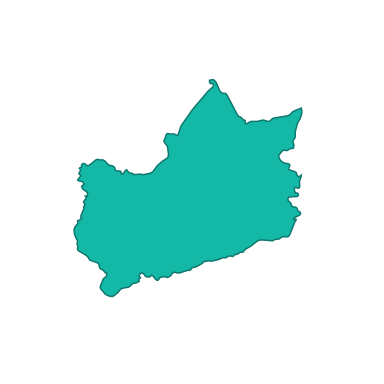 map outline of Lékoumou (Natural Earth projection), rotated 39°
{"feature_id": "COG-3344", "entity_name": "Lékoumou", "entity_type": "Region", "adm_level": 1, "iso_a3": "COG", "parent_name": "Republic of the Congo", "parent_adm1": "", "projection": "natural_earth1", "projection_center": [13.496, -3.075], "detail": "fine", "context": "isolated", "style": "filled", "palette": "teal", "viewbox_px": 384, "rotation_deg": 39, "n_neighbors": 0, "source": "natural_earth", "source_scale": "10m", "svg_char_len": 6032}
<svg xmlns="http://www.w3.org/2000/svg" viewBox="0 0 384 384"><g transform="rotate(39 192 192)"><path d="M224.0,58.0L224.4,58.2L225.6,59.2L227.3,61.0L228.7,63.6L229.7,66.5L230.8,72.2L233.5,78.5L235.0,81.1L237.1,83.6L237.9,85.0L238.3,88.8L239.2,89.8L240.5,90.5L241.7,91.5L243.3,94.0L242.8,94.9L241.4,95.9L239.7,100.1L237.3,101.5L236.4,102.7L236.3,108.0L236.2,108.7L238.1,110.6L240.8,111.7L243.7,111.8L246.2,111.2L248.2,109.8L249.4,109.2L250.5,109.2L251.6,110.1L252.0,112.6L252.7,113.4L253.6,113.5L259.1,111.5L259.8,111.3L261.0,111.4L262.8,112.7L264.0,113.2L265.1,113.0L265.8,112.0L266.3,110.2L267.5,112.3L268.7,116.0L272.1,119.7L272.6,120.7L272.7,121.4L272.3,122.0L272.0,122.3L271.4,122.6L269.8,123.1L269.1,123.9L269.4,124.8L270.0,125.7L271.8,127.1L272.7,127.6L273.4,127.6L273.8,127.1L274.5,126.5L275.4,126.5L276.6,127.4L276.8,128.4L276.5,129.5L275.7,130.2L274.0,131.5L272.5,133.1L270.9,134.5L270.4,135.4L270.7,136.4L271.1,137.3L271.9,138.0L272.8,138.3L274.7,138.3L275.7,138.5L276.6,138.9L277.9,139.8L278.9,140.1L279.9,139.9L281.9,138.6L282.9,138.4L283.9,138.6L285.0,139.3L285.9,139.8L287.0,139.9L288.2,139.7L289.7,140.0L290.1,140.9L290.2,142.0L289.8,143.1L288.2,146.3L287.9,147.6L287.8,148.9L288.2,149.5L288.8,149.1L289.8,147.8L290.3,147.8L290.6,148.6L290.8,150.7L294.6,162.9L295.0,164.8L294.8,166.1L294.1,167.0L293.3,167.7L291.7,168.7L290.9,169.4L290.3,170.2L289.9,171.1L289.6,172.6L289.4,173.3L289.1,173.9L288.7,174.4L287.3,175.6L286.5,176.4L286.1,177.3L285.9,177.8L285.3,179.2L276.7,185.1L274.5,187.2L274.0,188.1L273.6,189.1L271.7,197.3L269.9,201.9L269.5,203.3L269.4,205.2L269.5,206.2L269.4,206.7L269.1,207.1L267.9,207.9L267.5,208.6L266.5,211.5L265.9,212.5L265.3,213.2L264.6,213.7L264.4,214.0L264.4,214.6L264.6,215.2L264.5,216.1L264.1,216.5L262.6,217.3L261.5,218.1L261.0,218.6L260.6,219.3L259.7,221.7L259.5,222.1L257.6,223.4L257.1,224.1L256.6,225.0L255.8,226.7L255.3,227.5L250.9,233.2L250.6,233.4L249.9,233.9L248.0,235.3L245.5,238.1L245.0,238.7L245.0,239.2L244.9,239.5L245.0,239.7L245.0,240.3L244.9,241.2L244.0,243.2L243.4,244.8L242.1,247.8L241.3,248.8L240.0,250.2L239.8,250.5L239.8,250.9L239.9,252.4L239.8,253.6L239.6,254.1L239.2,254.6L237.9,255.6L233.4,262.6L231.3,264.3L230.5,264.5L229.4,265.0L228.8,265.6L228.4,266.2L228.1,266.9L227.9,267.5L227.9,268.2L228.0,268.9L228.1,269.8L228.0,270.8L227.4,272.6L227.0,273.4L226.6,273.9L225.3,274.4L224.3,275.0L222.6,276.3L221.8,277.3L221.2,278.4L221.0,279.2L221.1,281.1L220.9,282.3L220.4,282.6L219.9,282.7L219.3,282.6L218.1,282.7L217.5,282.6L215.7,282.0L214.9,281.9L214.0,282.0L212.9,282.4L212.7,283.0L212.7,284.4L212.2,284.9L210.3,286.4L209.4,286.7L208.7,286.8L208.1,286.6L207.6,286.3L206.8,286.1L205.9,286.0L204.3,286.5L203.7,286.7L203.4,287.1L203.3,287.3L203.3,287.7L203.4,289.9L203.6,290.6L204.2,290.9L204.8,291.0L205.4,290.9L205.8,291.0L206.0,291.2L206.0,291.4L205.6,293.0L205.7,293.6L206.1,294.0L207.1,294.5L207.1,294.9L206.8,295.8L205.9,297.6L204.9,298.9L203.8,300.0L203.4,301.0L203.3,302.0L203.3,303.2L203.1,304.4L202.4,306.1L199.2,309.7L198.3,311.1L197.7,312.4L197.7,313.4L197.7,315.5L197.7,316.6L196.7,321.7L196.1,322.8L195.5,323.6L195.0,324.0L193.5,324.8L191.8,325.4L189.8,325.9L188.5,326.0L184.6,325.1L182.8,324.9L182.0,324.7L181.1,324.2L180.4,323.4L179.9,322.4L177.9,315.8L177.8,314.8L178.0,313.7L178.3,312.7L178.5,311.7L178.2,310.6L177.6,309.7L177.1,309.0L176.3,308.7L175.6,309.4L174.8,309.2L172.5,308.7L169.6,309.2L168.5,309.2L167.6,308.8L165.0,306.7L163.6,306.6L161.8,306.9L156.6,308.9L155.1,309.2L152.3,308.1L151.3,307.9L150.4,307.8L144.3,308.5L142.1,309.0L140.8,309.1L139.6,308.9L138.8,308.3L138.2,307.5L137.8,306.6L137.3,305.8L136.7,305.5L136.1,305.2L135.6,305.0L135.1,304.5L134.7,303.6L134.2,302.6L133.4,301.7L130.6,300.7L129.6,300.0L129.2,299.6L127.8,299.2L124.2,295.8L123.0,292.9L123.0,287.8L121.7,287.0L121.2,286.3L121.8,285.3L122.2,284.7L123.0,282.1L121.5,281.6L120.6,280.3L118.8,274.0L118.3,273.1L117.3,271.8L117.0,271.1L116.8,269.6L116.5,268.9L116.0,268.6L114.5,268.4L114.0,268.0L113.7,266.0L113.8,264.3L113.4,263.1L111.6,262.3L113.2,261.4L111.9,258.8L109.9,258.2L105.2,258.5L102.6,257.1L103.3,253.7L100.6,253.0L99.6,253.3L97.2,254.5L95.8,254.8L95.4,254.2L95.4,249.6L94.9,249.1L93.8,249.2L92.6,249.0L92.1,247.8L92.0,246.3L91.7,245.2L90.9,244.7L89.6,244.5L89.6,243.6L90.4,241.9L89.0,240.2L89.2,238.8L89.5,238.4L90.0,238.0L90.6,237.6L91.0,237.5L93.3,237.6L94.0,237.4L94.4,237.1L94.7,236.7L95.0,236.4L95.8,234.0L96.9,228.1L97.1,227.6L97.4,227.0L97.9,226.3L98.3,226.0L98.7,225.7L100.3,224.9L102.1,223.5L102.7,223.1L103.4,222.9L104.2,222.8L105.7,222.8L109.2,223.4L110.0,223.4L110.7,223.3L111.3,223.1L113.3,221.9L113.7,221.8L114.9,221.6L115.6,221.6L116.3,221.6L116.9,221.9L118.4,223.0L119.0,223.2L119.9,223.1L120.9,222.5L122.5,221.3L123.4,220.9L124.1,220.9L124.9,221.9L125.5,222.2L126.4,222.1L126.7,221.6L126.9,220.8L126.8,217.1L127.0,216.1L127.3,215.9L128.0,216.0L129.7,216.5L130.6,216.5L131.5,216.4L134.2,215.1L135.1,214.9L135.9,214.8L137.7,213.7L138.8,212.1L140.0,211.1L143.3,209.1L147.4,204.2L148.3,202.4L148.8,200.9L148.5,192.8L149.7,186.6L151.2,182.0L151.3,181.3L151.4,180.2L151.0,179.1L150.3,178.1L149.6,177.1L144.1,171.9L143.3,171.6L141.6,171.4L139.0,170.6L138.2,170.1L137.8,169.3L137.5,168.4L137.0,166.2L136.1,164.5L135.9,163.8L135.9,162.6L136.2,162.0L136.8,161.5L138.4,160.8L139.3,160.2L140.9,158.6L141.8,158.0L143.7,157.8L144.7,157.3L145.0,156.5L144.9,155.5L142.4,149.0L141.8,146.8L140.5,127.4L141.0,103.9L142.0,97.7L142.1,96.4L141.6,95.4L140.9,94.9L140.1,94.9L139.2,95.3L138.4,95.8L137.6,96.1L136.9,95.9L136.1,95.1L135.3,94.1L137.4,91.6L139.0,91.1L141.9,91.7L149.5,95.7L152.0,96.4L153.3,96.1L155.6,94.5L156.9,94.3L158.1,94.6L178.8,103.5L180.9,103.8L183.1,103.1L185.7,103.6L186.3,103.6L188.0,103.0L188.7,103.2L189.7,104.9L190.4,105.2L191.6,104.3L192.1,103.2L192.5,102.0L193.1,100.6L194.3,99.3L198.1,96.2L199.1,95.1L200.9,92.6L202.0,91.4L203.4,90.6L206.3,89.5L207.5,88.6L208.0,87.3L208.3,84.4L209.1,83.0L218.1,72.9L219.1,71.4L219.5,70.0L219.7,67.3L220.0,65.7L221.3,63.0L223.8,58.7L224.0,58.0Z" fill="#14b8a6" stroke="#0f766e" stroke-width="1.5"/></g></svg>